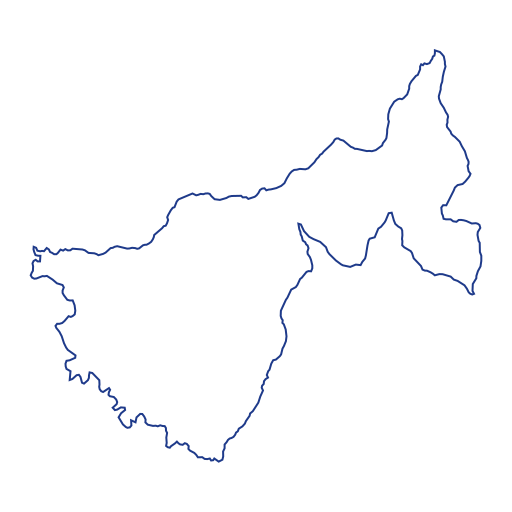 the district of Figueirópolis, Tocantins, Brazil
{"feature_id": "56859067B42952523551593", "entity_name": "Figueirópolis", "entity_type": "district", "adm_level": 2, "iso_a3": "BRA", "parent_name": "Brazil", "parent_adm1": "Tocantins", "projection": "robinson", "projection_center": [-49.267, -12.239], "detail": "fine", "context": "isolated", "style": "outline", "palette": "blue", "viewbox_px": 512, "rotation_deg": 0, "n_neighbors": 0, "source": "geoboundaries", "source_scale": "gbopen_adm2", "svg_char_len": 5993}
<svg xmlns="http://www.w3.org/2000/svg" viewBox="0 0 512 512"><path d="M474.0,293.8L472.5,290.9L472.8,284.0L476.3,278.3L476.4,275.9L477.9,271.2L480.5,266.4L481.3,260.9L481.3,255.7L479.9,252.0L479.7,242.8L478.6,240.9L477.5,234.9L477.8,232.0L480.3,227.9L479.5,225.0L477.7,223.7L475.8,223.2L471.8,223.5L466.3,221.0L463.7,220.3L461.0,219.9L458.7,220.0L456.5,221.8L453.2,221.3L450.6,219.3L445.8,219.3L443.6,218.8L442.8,215.4L441.9,213.6L441.3,207.6L443.1,205.2L446.3,205.3L453.7,190.6L454.9,187.6L457.6,185.1L462.6,184.0L465.2,181.6L468.5,177.6L469.6,176.0L470.5,173.8L468.6,171.2L467.6,165.9L468.5,163.9L468.6,161.8L467.9,159.9L466.9,158.0L464.9,151.3L461.8,146.1L459.7,141.7L455.0,137.0L452.8,135.4L451.2,133.6L450.6,131.6L447.1,127.1L446.7,124.8L447.5,122.6L447.4,119.7L448.1,116.8L447.6,114.8L446.0,112.4L443.8,107.8L440.7,103.2L439.0,98.6L438.8,96.2L440.7,89.4L440.7,87.0L441.2,84.4L442.2,81.8L442.8,76.7L443.9,71.7L445.5,66.6L444.9,63.9L444.9,61.8L443.8,56.4L442.0,54.2L439.9,52.0L434.9,50.4L434.9,53.2L434.4,55.6L432.9,56.5L432.2,58.9L430.9,60.7L429.6,63.1L426.9,64.1L424.4,63.4L422.9,65.2L421.2,64.3L420.1,66.5L420.1,69.4L417.8,74.9L415.9,75.9L411.5,81.2L409.9,83.9L409.2,86.1L409.2,88.7L407.2,94.4L403.5,98.2L401.9,99.2L399.8,98.7L397.7,99.3L394.2,101.7L389.9,108.6L388.3,114.3L388.1,119.1L388.9,121.6L387.2,129.4L387.1,133.0L386.4,138.1L385.5,139.8L382.9,143.1L382.1,145.5L375.8,150.1L371.9,151.2L369.2,150.9L366.9,151.1L357.0,148.9L354.8,148.8L353.1,147.7L350.8,146.8L343.4,140.6L340.3,139.7L338.3,138.4L336.4,138.5L334.7,139.6L333.3,142.1L331.0,144.7L323.6,151.6L322.1,153.6L320.1,154.8L318.6,157.1L316.5,159.1L314.4,162.3L308.3,168.3L305.4,169.3L299.8,168.9L296.7,169.7L294.1,169.9L291.7,171.5L289.7,173.7L286.8,178.4L284.4,183.2L281.2,185.9L276.3,188.1L270.8,189.4L268.6,189.6L266.3,190.3L264.5,188.3L262.1,188.6L260.0,190.0L258.5,192.9L256.6,195.3L254.7,196.8L248.3,198.9L246.3,197.2L242.8,197.4L241.1,195.8L231.7,196.0L228.9,196.6L226.4,198.0L219.9,199.9L214.6,199.2L211.3,196.1L209.7,193.9L207.9,193.4L205.5,193.5L203.3,194.2L200.6,193.9L198.3,194.8L196.2,195.3L192.5,193.5L178.5,199.4L176.7,201.6L174.5,207.2L172.7,207.8L170.8,210.3L168.1,215.1L167.2,217.2L168.1,220.0L167.0,223.3L165.7,225.7L163.7,226.2L162.1,228.2L154.2,235.0L153.8,237.1L152.9,239.2L151.2,241.8L148.9,243.5L146.6,244.7L144.7,244.8L143.0,245.3L139.1,248.4L137.2,248.8L135.2,248.1L132.1,247.8L129.2,248.5L127.1,248.6L117.2,246.2L114.6,246.8L112.8,247.8L110.6,248.1L105.6,252.6L103.1,253.9L98.4,255.2L96.6,254.1L94.3,253.3L88.5,252.9L84.9,250.3L82.4,249.5L72.5,248.7L70.3,250.3L67.8,250.4L65.3,249.1L63.1,250.6L60.5,249.6L57.8,253.0L56.4,254.2L54.1,254.2L52.0,252.8L50.1,252.0L48.9,249.5L46.7,248.0L44.0,251.2L42.0,250.9L40.2,251.3L37.4,250.7L36.1,247.8L33.7,246.8L33.5,249.3L34.2,251.9L35.5,255.1L37.9,255.7L40.4,255.8L40.0,261.4L37.6,261.4L35.7,259.8L33.6,261.0L32.5,263.3L33.1,266.3L32.9,270.8L31.7,272.8L30.7,275.3L32.1,277.6L34.3,278.7L36.4,278.5L42.5,276.1L44.5,276.3L46.9,275.9L52.6,279.6L56.9,283.3L62.5,285.0L63.8,287.4L62.6,290.5L62.6,293.0L63.9,295.3L67.3,299.8L69.8,300.5L72.7,300.4L74.6,305.3L75.3,310.7L74.7,314.4L72.6,316.1L70.8,316.9L68.6,316.2L64.5,321.0L62.2,323.0L59.5,323.8L57.1,323.8L55.5,325.9L56.3,327.9L59.4,331.8L61.7,336.2L64.0,343.2L66.1,347.5L67.8,349.9L75.5,355.4L75.2,357.8L69.6,360.3L66.5,360.8L65.5,363.7L65.7,366.4L66.5,368.9L70.5,371.2L69.7,380.0L72.4,379.0L76.6,375.2L78.9,374.8L80.5,377.0L82.0,382.7L84.0,383.6L87.9,380.2L88.9,377.9L89.0,375.3L89.6,372.4L92.3,373.0L99.3,380.2L99.5,384.5L99.2,386.8L99.7,389.2L101.2,391.2L103.1,392.0L109.0,388.1L110.1,389.8L108.9,392.2L108.5,394.8L109.8,396.2L113.8,397.0L116.2,399.5L117.2,402.1L116.6,404.2L112.7,407.7L114.9,410.1L117.2,409.6L120.8,407.4L124.7,407.7L125.1,410.0L121.1,413.2L118.6,417.3L122.9,424.4L125.8,427.0L127.4,427.8L129.8,427.4L131.4,425.5L131.1,420.3L135.5,422.3L136.5,417.4L140.2,413.9L142.3,414.0L144.2,416.5L145.6,419.5L145.4,422.4L147.8,424.7L153.0,425.9L155.8,425.7L157.8,426.3L160.2,425.3L162.6,426.0L164.7,426.1L165.9,428.0L166.0,430.7L167.1,432.9L166.3,437.6L166.7,442.9L166.1,445.9L167.7,447.2L169.8,447.7L171.0,446.2L175.0,443.4L176.9,441.6L178.5,443.3L180.1,444.4L182.7,444.8L184.8,443.2L186.8,443.9L188.7,446.1L188.4,448.9L190.0,450.6L194.3,452.9L196.2,454.8L197.9,457.3L202.3,457.2L204.6,458.9L207.3,459.1L209.8,458.5L211.1,460.5L213.2,460.2L214.3,458.5L218.7,461.6L222.4,459.7L223.2,456.4L223.1,451.5L224.6,448.3L224.6,444.5L226.6,442.2L228.0,439.9L229.7,438.5L231.5,438.0L233.5,436.9L235.2,434.7L236.0,432.6L237.8,431.3L238.8,428.7L242.4,426.4L244.9,423.6L245.9,421.1L249.6,415.8L250.1,413.5L252.8,411.2L258.3,402.7L260.3,396.5L263.0,390.5L261.7,387.7L262.1,385.7L263.7,384.0L264.0,381.2L265.6,379.1L268.0,377.6L266.8,375.0L268.2,371.2L269.5,369.7L271.3,363.6L273.2,360.2L275.9,359.6L279.8,356.2L281.1,354.4L282.5,348.6L283.9,346.1L285.9,341.2L286.5,336.4L285.7,329.5L283.8,324.3L282.4,322.9L282.7,320.2L281.5,318.5L280.7,315.9L280.9,310.7L285.9,299.8L287.4,297.7L291.2,289.6L295.8,287.1L297.4,284.9L300.1,279.0L301.8,277.7L306.5,271.9L308.5,271.1L311.1,271.3L312.3,268.3L312.3,265.3L311.0,259.9L309.9,257.1L307.7,254.0L307.4,251.7L308.5,248.2L307.6,245.5L306.1,244.3L305.2,242.2L302.8,240.6L301.7,236.3L300.7,234.6L300.4,231.9L299.3,229.2L298.4,223.7L300.9,224.5L304.0,231.1L309.2,236.8L313.5,239.1L320.2,241.9L326.0,247.2L327.7,251.8L329.4,254.1L335.9,260.5L341.0,264.3L342.8,265.3L350.2,266.9L355.8,264.6L360.6,265.1L362.3,261.9L365.1,258.5L365.9,255.4L367.5,245.3L368.6,240.5L369.7,238.7L374.7,237.3L378.3,228.6L381.0,226.8L384.6,222.4L385.7,220.5L388.7,213.2L391.7,212.7L393.9,220.5L395.3,223.9L398.2,226.5L401.2,228.3L402.2,230.5L402.4,235.2L402.0,239.1L402.4,241.0L402.2,245.3L404.2,247.3L410.7,251.1L412.0,253.0L413.7,258.3L421.0,266.0L422.5,269.6L424.9,270.6L427.0,270.7L430.6,272.3L432.9,273.7L434.8,275.3L439.4,274.1L442.6,274.2L450.7,276.6L453.8,279.6L457.6,280.9L464.5,285.3L466.9,288.7L468.7,292.3L470.2,293.7L472.2,294.5L474.0,293.8Z" fill="none" stroke="#1e3a8a" stroke-width="2"/></svg>